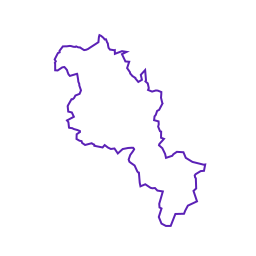 outline of Mangu, Plateau, Nigeria, rotated 324°
{"feature_id": "59680162B68239008143557", "entity_name": "Mangu", "entity_type": "district", "adm_level": 2, "iso_a3": "NGA", "parent_name": "Nigeria", "parent_adm1": "Plateau", "projection": "mercator", "projection_center": [9.188, 9.38], "detail": "fine", "context": "isolated", "style": "outline", "palette": "violet", "viewbox_px": 256, "rotation_deg": 324, "n_neighbors": 0, "source": "geoboundaries", "source_scale": "gbopen_adm2", "svg_char_len": 2570}
<svg xmlns="http://www.w3.org/2000/svg" viewBox="0 0 256 256"><g transform="rotate(324 128 128)"><path d="M123.3,23.7L118.0,25.3L117.2,26.6L115.3,26.2L109.0,29.4L108.8,31.6L107.1,32.3L106.9,33.1L103.0,38.5L104.9,40.1L110.4,40.3L112.3,41.2L112.5,42.0L112.7,45.2L112.0,47.3L111.4,49.7L111.6,51.7L118.7,54.2L118.7,54.3L116.2,59.3L115.0,61.4L114.5,63.6L113.6,65.0L112.1,69.9L110.7,70.8L108.9,71.9L104.5,70.8L102.1,72.0L100.1,72.2L99.2,71.5L92.4,74.6L92.0,75.1L91.9,75.1L89.3,79.6L91.7,82.4L90.8,87.1L83.1,86.0L83.2,88.3L80.6,92.8L80.5,93.2L80.6,93.3L82.8,95.4L83.5,96.9L85.8,99.8L87.3,102.2L86.8,103.0L82.8,102.9L79.9,106.6L81.3,109.8L82.7,111.3L82.1,113.1L83.3,116.5L89.7,119.0L89.8,119.7L90.9,121.6L90.3,122.6L96.0,128.8L99.1,128.1L100.3,132.1L101.8,134.9L105.0,136.6L104.8,142.6L111.3,141.9L116.3,144.2L119.3,146.1L120.5,147.0L120.6,148.3L120.5,148.8L118.4,149.7L114.0,151.1L110.0,153.9L109.3,156.1L109.9,158.2L111.3,162.2L110.0,168.6L110.1,169.9L110.6,170.5L105.3,179.2L103.8,182.5L108.9,183.7L111.1,189.7L112.3,191.1L114.5,192.4L115.0,195.9L118.9,199.8L108.7,207.7L106.8,210.8L107.8,212.8L100.6,218.1L98.9,225.0L101.1,229.5L105.0,232.3L115.8,225.4L122.9,230.3L125.7,228.5L130.8,226.0L140.7,227.9L144.0,217.4L147.6,217.0L153.3,208.6L153.3,207.3L154.1,205.6L155.5,205.1L161.5,205.6L164.3,207.3L169.0,202.9L167.7,202.2L160.2,193.3L157.2,186.1L158.6,180.2L153.5,176.0L149.2,175.9L147.5,176.5L141.2,174.5L142.8,170.7L143.9,164.5L142.9,160.2L143.9,159.4L144.6,159.3L145.5,159.0L148.2,158.5L150.7,157.9L149.0,155.3L152.7,150.4L152.0,149.4L153.2,144.6L155.1,143.0L156.6,140.6L153.7,137.0L156.3,134.2L158.2,133.7L161.6,131.3L163.9,131.6L170.4,128.4L170.4,128.0L172.5,122.9L174.8,120.2L176.1,118.5L174.1,115.3L172.6,114.0L168.9,112.7L166.6,109.0L168.3,107.9L170.2,103.5L169.5,100.5L170.6,100.0L175.9,91.2L169.6,92.5L167.6,97.2L163.4,96.8L163.1,92.2L163.4,91.8L162.1,88.5L162.0,86.7L161.8,85.3L162.4,83.9L162.5,79.0L167.9,75.1L165.0,72.6L165.3,71.3L166.5,64.7L171.6,65.6L168.3,62.3L161.8,60.5L161.0,60.3L163.1,57.2L162.6,57.0L161.8,56.2L161.2,55.6L160.4,54.8L159.5,54.0L159.5,52.8L159.4,52.5L159.4,51.7L160.4,49.5L161.4,47.7L161.4,46.6L161.5,46.2L162.2,43.8L162.3,43.2L161.2,42.7L161.1,40.5L160.5,38.2L160.4,37.7L159.5,36.1L159.1,36.4L158.4,36.9L157.3,38.0L154.5,41.2L152.5,41.1L143.5,40.6L142.2,40.6L140.1,40.1L138.3,39.2L137.5,37.3L136.5,34.5L136.1,34.4L135.1,33.4L134.9,33.1L134.0,31.5L133.0,31.4L132.2,30.7L131.5,30.1L130.3,28.5L130.1,28.3L129.2,27.4L127.9,26.7L126.4,25.9L125.6,25.3L124.9,24.8L124.1,24.3L123.3,23.7Z" fill="none" stroke="#5b21b6" stroke-width="2"/></g></svg>